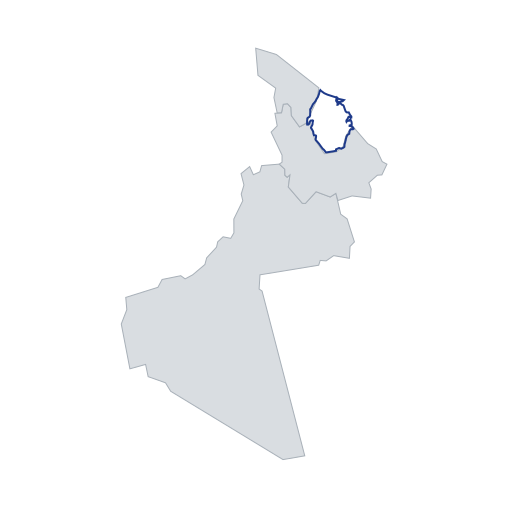 Sierra Leone and the surrounding countries, rotated 171°
{"feature_id": "SLE", "entity_name": "Sierra Leone", "entity_type": "country or territory", "adm_level": 0, "iso_a3": "SLE", "parent_name": "Africa", "parent_adm1": "", "projection": "equal_earth", "projection_center": [-11.928, 8.452], "detail": "fine", "context": "with_neighbors", "style": "outline", "palette": "blue", "viewbox_px": 512, "rotation_deg": 171, "n_neighbors": 3, "source": "natural_earth", "source_scale": "50m", "svg_char_len": 3207}
<svg xmlns="http://www.w3.org/2000/svg" viewBox="0 0 512 512"><g transform="rotate(171 256 256)"><path d="M167.3,305.4L165.8,284.0L160.2,278.4L156.6,254.5L161.6,250.8L164.1,239.1L179.2,244.2L187.5,240.2L193.3,241.6L195.5,237.1L255.0,236.8L258.1,222.9L255.5,220.4L239.1,51.0L261.2,50.7L361.4,135.7L365.2,144.9L381.4,153.7L382.0,166.2L398.2,164.3L399.7,209.9L392.0,223.2L391.1,235.5L357.8,240.4L352.4,247.5L333.4,248.3L329.6,244.5L321.5,247.3L307.8,255.6L305.0,261.9L293.6,270.9L291.6,276.0L285.5,280.1L278.2,277.4L274.2,282.3L272.1,296.0L260.4,312.7L260.9,319.5L256.8,328.0L257.9,339.7L248.3,345.3L245.9,336.7L239.0,338.5L236.3,344.4L218.6,343.1L214.0,337.2L214.8,331.2L212.9,328.9L209.7,330.9L213.3,319.1L202.0,300.8L199.0,300.2L186.6,310.1L173.5,302.7L167.3,305.4Z" fill="#d9dde1" stroke="#a8b0b8" stroke-width="1"/><path d="M133.8,295.2L151.7,300.3L166.4,298.0L167.3,305.4L173.5,302.7L186.6,310.1L199.0,300.2L202.0,300.8L213.3,319.1L209.7,330.9L212.9,328.9L214.8,331.2L214.0,337.2L218.6,343.1L215.6,344.6L214.5,351.5L221.7,376.0L214.7,381.2L215.0,394.0L208.4,393.5L205.4,401.6L201.1,401.5L198.2,397.2L199.1,389.1L192.8,376.7L181.6,380.6L179.8,362.0L172.4,346.3L160.4,346.3L152.8,350.5L148.5,360.5L140.4,369.4L128.1,349.5L120.5,342.9L116.6,329.5L112.3,326.2L119.0,316.4L123.5,316.8L133.1,310.7L131.8,304.1L133.8,295.2Z" fill="#d9dde1" stroke="#a8b0b8" stroke-width="1"/><path d="M212.7,394.0L213.5,409.7L210.3,418.7L225.8,434.1L223.8,461.3L204.3,451.8L167.6,412.2L172.0,399.8L185.7,379.4L192.8,376.7L199.1,389.1L198.2,397.2L201.1,401.5L205.4,401.6L208.4,393.5L212.7,394.0Z" fill="#d9dde1" stroke="#a8b0b8" stroke-width="1"/><path d="M184.9,377.8L184.9,378.4L184.4,381.3L183.8,383.8L183.3,384.4L181.4,385.1L180.6,386.2L179.9,389.7L179.5,392.5L178.8,393.0L176.0,397.0L174.2,398.5L172.9,399.8L171.7,401.5L170.1,403.2L168.5,406.0L167.3,408.9L166.5,409.8L165.9,408.9L163.1,406.1L160.2,404.2L153.9,401.0L151.8,400.1L151.9,398.9L152.6,396.8L151.5,394.4L151.9,392.6L151.5,392.6L150.6,393.7L148.6,393.4L147.4,391.9L146.3,391.3L145.9,390.5L145.2,386.5L144.8,384.7L143.8,383.6L141.9,383.3L141.1,380.8L140.0,378.9L140.2,377.8L141.1,377.8L141.7,378.7L142.8,379.0L144.2,377.0L145.4,375.9L145.7,374.9L145.6,374.4L144.8,375.2L142.8,375.0L142.3,375.7L141.4,376.0L140.7,373.6L140.7,372.1L141.0,370.6L143.1,370.3L143.2,369.8L141.8,369.5L140.1,367.7L139.7,366.4L140.6,366.0L141.5,366.2L142.2,366.4L143.0,366.0L143.7,365.3L144.2,364.4L144.8,362.1L146.7,361.3L147.8,359.9L148.9,357.6L149.4,356.1L149.8,355.3L150.1,354.6L150.3,353.9L150.8,353.2L151.3,351.5L151.6,350.0L152.7,349.3L155.0,348.6L157.0,349.7L160.3,348.8L160.5,347.4L163.5,347.3L167.1,347.3L170.0,347.3L171.0,347.7L171.4,348.7L172.4,350.4L173.4,351.5L174.7,354.0L176.2,357.0L177.8,359.6L178.8,361.1L178.9,361.6L178.8,362.1L178.3,363.5L177.9,364.9L177.9,365.5L178.2,365.8L179.9,366.2L180.1,367.8L180.1,370.1L180.9,372.2L181.6,373.7L181.6,374.3L179.7,376.9L179.0,379.5L178.6,380.3L178.5,380.8L178.9,381.1L179.4,380.9L180.1,381.2L180.8,381.2L181.7,380.3L183.2,377.9L183.8,377.6L184.9,377.8ZM151.2,399.0L151.0,399.6L150.0,398.3L144.8,396.3L146.3,395.3L149.9,395.0L151.0,395.6L151.4,396.1L151.6,397.0L151.2,399.0Z" fill="none" stroke="#1e3a8a" stroke-width="2"/></g></svg>